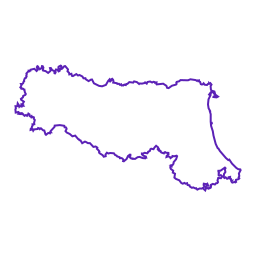 Emilia-Romagna, Bologna, Italy
{"feature_id": "23120603B93883326437068", "entity_name": "Emilia-Romagna", "entity_type": "district", "adm_level": 2, "iso_a3": "ITA", "parent_name": "Italy", "parent_adm1": "Bologna", "projection": "mercator", "projection_center": [11.577, 44.436], "detail": "fine", "context": "isolated", "style": "outline", "palette": "violet", "viewbox_px": 256, "rotation_deg": 0, "n_neighbors": 0, "source": "geoboundaries", "source_scale": "gbopen_adm2", "svg_char_len": 5740}
<svg xmlns="http://www.w3.org/2000/svg" viewBox="0 0 256 256"><path d="M15.7,112.6L18.4,112.0L19.1,112.8L18.4,113.8L20.1,114.1L20.8,114.0L21.1,113.1L21.9,113.1L22.4,114.1L22.8,113.9L24.5,115.8L25.7,115.1L27.0,115.8L27.5,114.6L28.3,114.6L28.5,113.7L29.5,114.4L29.6,116.0L30.7,116.7L31.4,116.2L31.6,117.3L32.6,116.8L33.9,117.4L33.7,118.6L34.8,120.0L34.1,122.6L34.3,124.2L32.5,124.3L32.7,125.5L32.0,126.4L31.8,127.8L30.7,128.9L30.6,129.9L32.6,129.3L33.2,130.7L34.1,129.4L37.7,129.0L38.1,128.0L39.4,128.4L39.8,129.1L40.9,128.3L43.1,130.3L44.3,130.5L45.5,134.4L46.0,134.8L48.2,133.0L49.9,133.3L49.9,132.5L51.0,132.4L50.5,131.7L50.7,131.0L54.5,126.9L54.7,125.6L59.8,125.1L64.3,125.8L64.6,127.3L65.9,127.4L66.4,128.2L66.6,128.9L65.5,131.1L66.7,132.5L69.8,134.0L72.4,136.3L75.2,135.6L78.2,139.1L78.9,139.3L79.4,140.2L80.5,140.4L82.2,143.2L84.9,141.6L85.6,141.8L87.9,143.1L89.9,143.1L93.4,146.9L95.6,146.5L96.8,147.2L97.4,147.8L96.9,148.8L98.9,150.7L99.4,151.6L99.0,152.1L99.4,153.1L102.7,155.2L103.7,156.7L105.7,156.2L105.5,154.5L106.9,152.7L108.4,153.5L110.1,153.0L113.9,153.3L115.1,155.0L116.6,155.6L117.1,156.4L119.6,157.2L119.9,158.2L121.6,158.1L122.6,158.7L123.5,159.9L123.1,161.1L123.8,161.3L126.6,159.0L128.0,156.0L129.9,154.6L130.4,154.7L130.4,155.8L129.8,156.1L129.6,157.1L130.9,158.3L132.6,158.5L132.6,158.9L135.1,158.9L137.6,157.2L139.6,156.9L142.8,158.1L145.2,158.3L145.4,157.7L146.2,157.7L145.9,156.6L143.4,155.7L141.9,154.3L141.9,153.5L143.0,153.6L144.6,152.8L147.3,153.3L148.3,152.1L148.2,151.7L149.9,150.9L150.4,149.2L151.2,148.7L153.5,149.2L154.5,147.5L156.1,145.8L158.1,147.4L158.3,148.2L157.7,149.1L158.5,150.2L159.0,149.8L159.1,150.6L160.1,150.6L160.5,151.0L160.1,151.3L161.3,152.5L163.9,153.4L164.5,152.3L165.1,152.1L165.8,152.7L168.4,152.9L168.5,154.2L167.7,154.6L167.6,155.8L166.7,156.0L166.5,157.0L168.3,156.3L170.0,157.1L170.5,158.1L172.3,156.8L172.5,156.0L174.1,156.3L176.6,155.7L177.1,156.2L176.1,159.2L173.6,162.2L173.5,163.7L172.6,165.0L171.0,165.3L171.5,166.4L170.5,166.4L170.8,166.9L170.3,167.7L170.9,169.0L173.2,170.7L172.8,172.6L175.0,173.7L174.4,177.6L175.9,178.9L179.3,180.3L181.3,183.0L182.8,183.7L184.4,182.9L185.5,183.7L187.1,183.2L187.6,185.0L189.5,185.3L189.8,186.5L191.9,187.8L193.2,187.4L195.5,188.5L196.1,188.2L197.3,189.6L199.6,188.5L201.8,188.6L203.2,187.7L203.7,189.0L205.2,190.4L206.0,188.2L207.3,188.0L208.4,188.7L208.9,188.5L208.6,188.3L209.0,187.9L210.8,187.5L211.1,185.6L210.7,185.4L210.8,184.9L212.8,183.9L214.9,184.5L216.0,183.3L217.3,183.1L218.0,182.1L217.5,180.5L218.2,178.0L221.0,178.2L222.2,176.4L220.8,175.1L219.2,175.7L218.7,175.4L218.6,173.8L219.1,172.9L218.4,171.8L218.4,170.8L220.5,170.7L224.9,167.6L225.5,168.2L224.9,169.4L225.4,172.0L224.0,174.0L223.7,177.1L224.4,178.0L225.6,177.3L227.1,178.8L228.4,178.3L228.6,177.2L230.1,176.9L230.1,178.7L230.9,178.9L231.1,180.5L232.0,180.5L231.4,181.2L231.7,182.0L232.3,182.6L234.5,182.0L235.4,182.4L236.1,181.9L235.7,180.9L236.0,179.8L238.6,179.1L239.3,178.3L238.6,177.4L239.3,176.0L238.9,173.5L240.6,170.2L240.3,169.4L238.3,169.2L236.4,168.0L232.0,163.6L229.3,159.6L228.3,160.1L225.9,158.0L219.9,151.0L218.4,148.5L217.7,148.2L215.7,143.9L213.5,135.6L212.8,131.2L211.1,125.9L210.9,123.9L212.7,123.1L211.3,123.7L211.1,122.9L212.7,122.8L210.9,122.9L210.7,122.1L210.7,114.2L209.8,111.2L210.1,111.0L208.6,108.3L208.0,104.4L208.5,99.3L210.9,94.4L209.7,95.6L210.3,94.4L209.4,94.8L209.1,94.6L210.8,92.3L212.9,92.1L216.4,96.6L217.3,96.9L216.6,97.3L215.3,97.0L213.5,96.3L213.4,96.3L215.0,97.0L214.8,97.2L212.7,96.6L213.2,97.0L216.6,97.4L218.0,96.6L215.3,94.6L214.4,91.5L211.4,90.6L210.9,89.5L210.6,86.1L211.5,84.6L210.3,83.1L209.4,83.7L209.0,83.2L208.9,83.9L208.0,83.9L207.0,85.0L204.7,84.7L203.6,83.3L202.8,84.3L201.8,84.5L200.8,84.1L200.1,81.9L199.1,81.4L199.0,80.6L198.2,81.1L197.8,80.4L196.7,80.8L195.8,80.1L190.4,79.3L188.0,80.3L180.5,80.1L179.1,81.3L176.7,81.9L176.3,82.7L176.6,83.9L176.0,84.6L172.0,85.7L168.6,88.1L167.1,87.8L166.4,85.8L163.2,83.7L156.7,84.4L156.3,83.8L156.5,82.4L154.9,82.7L154.7,82.1L153.4,81.8L152.1,82.5L150.1,81.5L147.5,82.0L146.7,83.6L145.1,82.4L144.6,83.0L142.1,83.6L139.6,83.5L139.1,84.0L136.9,82.1L134.1,81.4L133.2,82.6L129.3,82.1L127.4,83.9L126.3,84.0L125.8,85.1L124.2,84.8L122.5,85.9L123.0,85.1L121.7,85.5L120.9,84.9L120.9,84.4L119.9,84.8L119.0,83.8L117.3,83.9L116.9,83.2L113.2,82.6L113.5,81.4L113.1,79.8L112.2,78.8L111.2,79.4L111.2,80.5L110.1,81.5L109.7,81.2L110.2,80.4L109.6,79.3L108.1,81.0L105.9,84.9L102.1,86.3L99.1,85.9L93.9,83.3L92.0,79.5L91.0,79.6L88.6,81.1L85.7,79.2L85.4,78.2L83.5,78.3L82.4,76.5L79.5,75.0L78.0,75.5L76.3,74.1L72.9,76.1L72.0,75.9L71.4,73.8L69.3,74.4L69.1,72.8L67.5,71.3L68.0,69.4L65.2,66.1L64.3,66.2L62.1,68.7L61.0,69.1L60.7,68.7L61.5,66.8L61.2,65.9L60.7,65.6L58.6,66.7L58.4,67.9L59.9,69.5L59.6,70.9L58.6,71.4L57.4,69.7L55.9,69.5L55.5,70.5L55.6,72.5L55.0,73.4L54.5,73.2L54.3,71.1L52.2,70.1L50.8,68.0L50.0,68.1L50.6,70.2L50.3,71.1L48.1,72.9L45.6,71.1L43.0,70.5L42.8,70.0L43.4,67.6L42.7,66.2L42.0,66.1L41.6,68.1L40.0,69.1L39.9,68.7L38.9,68.7L38.1,66.6L37.4,66.2L36.8,67.2L37.7,69.8L36.6,71.0L34.4,68.8L30.6,69.7L30.4,70.7L28.8,70.7L29.0,71.4L28.2,71.5L26.4,73.5L26.7,74.4L26.2,75.9L26.6,76.3L26.0,77.8L24.8,78.3L24.0,80.4L24.2,81.2L23.4,82.0L23.2,83.1L22.2,84.0L21.0,84.0L21.5,85.1L20.4,87.4L21.4,87.9L21.2,88.6L21.6,88.8L23.2,88.8L23.8,89.6L24.4,89.6L24.9,92.4L25.8,94.0L25.3,94.9L23.2,95.9L22.9,97.4L20.9,98.9L21.1,99.7L23.9,101.7L22.4,104.4L23.4,105.8L22.0,105.9L21.7,106.6L19.8,106.1L19.3,106.7L18.9,105.2L17.7,103.4L17.5,104.7L18.2,106.1L15.5,106.2L15.9,108.4L15.4,109.3L15.7,112.6ZM203.8,183.7L206.6,184.2L207.3,183.7L208.2,185.7L206.3,185.9L205.4,187.0L204.6,186.7L203.6,185.0L203.8,183.7ZM21.4,104.3L21.3,104.8L22.0,104.6L21.4,104.3Z" fill="none" stroke="#5b21b6" stroke-width="2"/></svg>